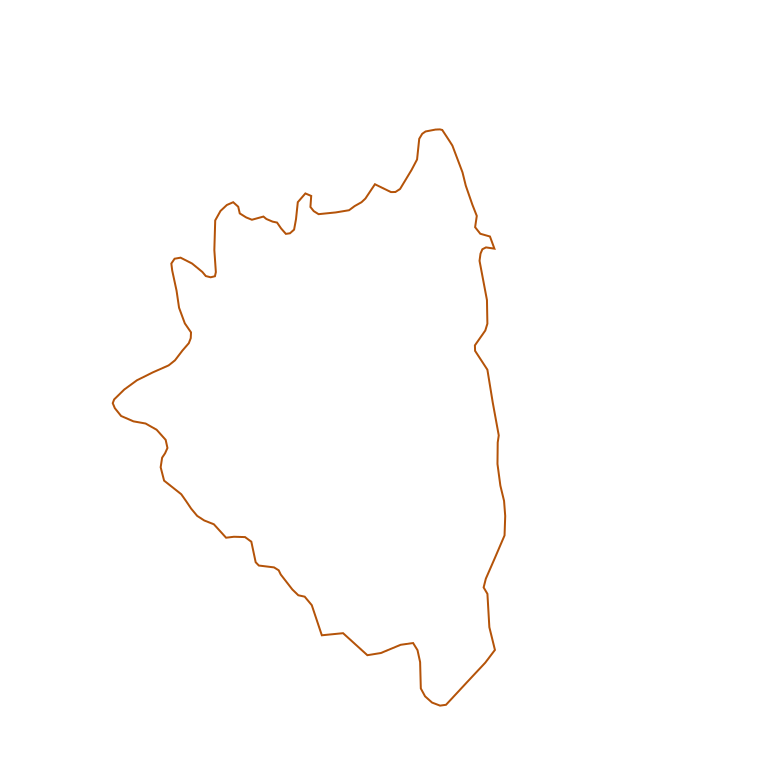 map outline of Bosnia and Herzegovina (orthographic projection), rotated 215°
{"feature_id": "BIH", "entity_name": "Bosnia and Herzegovina", "entity_type": "country or territory", "adm_level": 0, "iso_a3": "BIH", "parent_name": "Europe", "parent_adm1": "", "projection": "orthographic", "projection_center": [18.137, 43.918], "detail": "fine", "context": "isolated", "style": "outline", "palette": "amber", "viewbox_px": 768, "rotation_deg": 215, "n_neighbors": 0, "source": "natural_earth", "source_scale": "50m", "svg_char_len": 1918}
<svg xmlns="http://www.w3.org/2000/svg" viewBox="0 0 768 768"><g transform="rotate(215 384 384)"><path d="M595.2,212.7L596.2,216.6L593.6,230.5L588.5,245.4L580.0,261.0L571.1,275.7L568.8,283.5L568.3,295.8L567.3,305.5L568.6,310.7L571.7,315.6L581.9,319.4L595.6,328.9L607.4,341.4L622.6,355.5L627.3,360.7L627.4,366.5L623.1,370.8L610.4,372.6L597.1,371.6L591.9,370.2L587.2,372.0L584.3,375.3L585.9,379.2L599.8,396.4L616.1,421.2L617.2,432.0L615.4,440.5L611.8,446.4L605.1,445.6L600.0,441.0L592.4,441.4L586.4,442.8L578.8,452.0L575.0,451.7L568.4,453.1L564.2,454.9L557.5,452.4L550.5,450.7L547.5,453.5L546.2,458.9L550.6,468.5L558.9,483.5L557.7,495.0L551.5,496.3L545.8,486.8L540.7,485.3L535.0,485.6L521.9,496.9L512.3,506.3L510.1,512.9L506.7,520.0L505.6,525.2L506.0,542.4L488.4,545.2L484.8,547.8L482.7,553.0L484.2,575.1L485.7,586.9L495.8,605.1L496.2,610.9L494.8,614.7L487.7,622.0L484.3,624.6L482.0,625.5L470.2,620.8L464.7,618.5L441.1,602.4L430.8,593.4L414.5,581.6L404.4,574.9L399.3,564.7L391.3,562.3L381.8,565.6L371.2,558.2L378.8,554.4L380.7,550.8L379.7,546.1L376.4,539.7L347.8,511.8L333.9,492.7L331.7,485.9L331.7,467.8L328.4,463.4L307.5,455.0L284.3,431.2L260.5,407.7L257.3,401.3L245.2,383.6L230.4,367.5L218.6,357.1L209.0,345.4L198.4,329.1L193.3,304.7L188.9,282.9L185.7,274.5L178.9,271.4L158.2,245.2L140.6,229.8L141.2,213.8L145.0,187.1L149.2,156.8L153.6,152.7L161.9,150.6L171.2,151.7L179.2,155.7L194.9,176.9L203.9,185.2L211.6,188.5L220.8,179.9L232.3,161.8L242.1,152.3L274.6,156.4L290.8,142.5L316.3,161.4L327.0,164.3L333.0,161.8L341.2,163.1L359.3,168.7L363.4,171.0L368.9,170.7L382.4,163.5L386.9,164.4L402.2,178.7L410.0,178.9L419.3,172.8L425.2,167.5L442.9,171.5L453.0,169.1L461.4,168.8L470.5,171.3L478.8,174.5L486.8,177.4L508.7,178.7L519.2,187.7L523.5,196.4L523.6,201.7L524.7,207.4L530.8,213.0L544.0,216.1L552.2,215.3L556.6,214.9L567.8,209.7L581.0,207.0L590.6,209.8L595.2,212.7Z" fill="none" stroke="#b45309" stroke-width="2"/></g></svg>